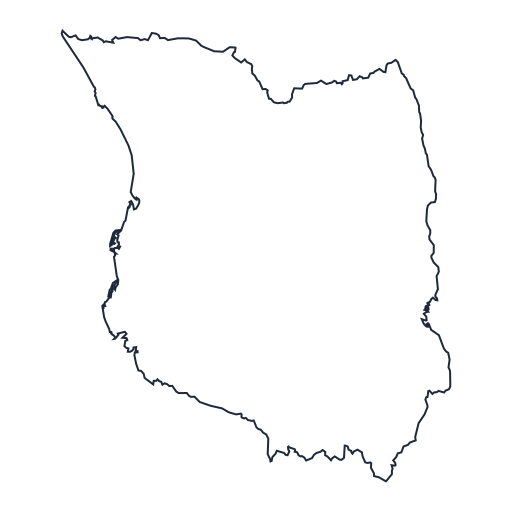 the district of Belo Sur Tsiribihina, Menabe, Madagascar
{"feature_id": "10022922B50417492685621", "entity_name": "Belo Sur Tsiribihina", "entity_type": "district", "adm_level": 2, "iso_a3": "MDG", "parent_name": "Madagascar", "parent_adm1": "Menabe", "projection": "natural_earth1", "projection_center": [44.851, -19.66], "detail": "fine", "context": "isolated", "style": "outline", "palette": "slate", "viewbox_px": 512, "rotation_deg": 0, "n_neighbors": 0, "source": "geoboundaries", "source_scale": "gbopen_adm2", "svg_char_len": 5984}
<svg xmlns="http://www.w3.org/2000/svg" viewBox="0 0 512 512"><path d="M62.5,30.7L61.7,33.3L62.6,36.2L83.4,67.5L93.8,86.6L94.9,87.6L95.4,89.5L94.7,91.4L95.6,93.0L94.9,95.9L95.7,96.4L98.3,105.1L99.0,104.7L99.6,105.7L100.8,105.9L102.4,108.0L103.3,107.6L103.1,106.4L104.3,106.5L104.7,105.9L107.5,108.7L111.8,115.0L112.7,116.7L112.2,117.9L112.8,118.9L115.8,121.8L120.6,129.5L128.5,145.6L131.7,155.3L133.7,173.9L130.7,192.0L132.6,195.8L134.9,198.6L136.7,199.7L136.9,198.8L135.6,197.0L138.7,199.1L139.3,200.3L139.2,202.9L137.8,205.9L136.0,208.7L133.9,209.4L133.1,204.5L132.0,202.4L131.2,201.0L129.4,202.1L130.8,204.6L129.8,205.0L129.7,206.9L129.0,207.7L128.5,206.9L128.0,207.5L125.5,220.6L124.1,221.9L121.1,230.6L117.1,234.3L118.6,235.4L117.2,240.1L117.6,242.3L118.8,242.4L119.0,244.4L117.9,246.1L120.1,246.6L118.9,248.9L117.5,247.9L114.9,248.0L113.9,249.6L114.3,252.1L116.1,253.6L114.8,253.6L115.1,255.4L114.0,256.8L116.8,276.2L118.3,280.0L117.9,284.2L115.6,287.3L115.1,289.7L114.0,288.2L114.7,286.4L114.3,286.3L112.5,290.1L112.5,291.4L111.4,292.7L110.8,297.4L109.5,297.4L106.2,301.7L104.9,302.2L104.5,304.1L105.2,306.0L103.4,306.0L103.6,308.9L103.1,305.1L102.3,305.9L104.1,317.1L105.6,321.4L109.2,329.0L109.8,332.0L111.3,332.0L111.2,334.4L111.6,332.7L112.0,334.4L113.9,335.5L115.3,337.6L114.1,338.9L115.1,338.7L118.4,334.8L117.8,333.6L124.8,331.8L126.5,333.8L122.5,337.8L126.5,338.1L127.3,340.1L125.3,340.9L124.4,346.0L126.4,348.0L128.4,348.4L127.8,351.7L129.9,351.8L131.9,350.8L133.4,349.2L133.5,347.5L136.2,347.1L135.7,350.7L137.5,351.1L137.6,352.3L134.8,352.5L134.4,355.2L136.1,363.6L138.4,370.5L141.1,370.9L143.7,373.8L144.6,377.9L153.2,384.4L153.7,380.9L156.3,380.8L157.5,379.3L159.5,381.4L161.2,381.7L162.4,384.7L164.6,383.3L167.3,384.3L169.3,386.0L172.3,385.9L176.2,391.5L178.6,393.1L186.8,393.0L188.9,395.7L190.7,396.8L194.5,396.7L199.7,402.0L210.7,405.8L222.2,408.4L228.4,412.1L233.2,413.6L236.3,414.4L240.8,413.6L241.6,414.6L241.5,417.0L242.1,417.7L244.1,418.4L245.8,417.9L248.0,420.1L252.0,420.9L253.7,420.5L256.5,427.4L258.6,429.2L260.7,429.6L263.2,432.7L266.3,434.5L268.3,438.7L267.7,454.2L270.1,459.0L270.5,461.4L271.6,461.0L272.4,457.1L275.5,453.8L276.8,450.8L284.0,452.9L285.7,454.9L287.6,455.2L289.3,451.3L288.2,449.4L288.0,446.9L288.5,446.5L289.4,447.4L294.7,449.2L295.2,450.1L294.7,451.7L297.2,452.3L298.5,455.2L300.5,456.4L302.0,456.1L304.5,457.7L306.1,460.5L312.0,458.1L314.1,454.7L316.7,452.9L320.6,451.7L322.6,450.0L325.2,451.9L325.2,455.3L327.5,456.5L331.0,460.3L332.3,458.2L334.7,456.4L339.8,459.7L341.6,459.8L344.0,457.8L344.7,445.6L346.1,445.7L347.8,446.7L348.6,449.8L351.2,450.8L351.5,452.6L352.5,453.7L353.9,451.4L357.5,449.7L361.9,452.3L362.6,456.4L365.3,462.4L367.8,463.0L370.1,462.4L371.2,463.2L370.9,467.7L373.9,473.3L374.1,476.1L378.8,477.2L385.9,481.3L386.9,480.3L391.9,474.2L391.9,470.9L392.6,468.6L391.6,465.2L394.8,465.7L395.6,465.1L395.1,462.7L393.2,460.4L396.2,457.1L397.8,453.3L401.3,452.4L403.6,446.4L407.9,444.9L409.9,442.5L415.7,440.4L415.2,437.0L418.6,423.2L424.6,414.3L427.5,407.1L427.4,405.2L425.4,399.6L426.2,397.3L427.5,397.0L428.3,391.1L429.5,390.7L432.4,393.9L434.3,392.3L436.8,392.2L438.5,390.9L444.1,392.5L445.6,390.6L449.0,389.2L450.3,386.3L450.1,372.7L449.8,370.1L448.5,367.4L449.6,359.6L448.2,352.8L446.1,351.5L443.8,348.4L438.9,335.2L431.2,329.9L428.8,323.9L427.9,323.2L426.8,324.0L428.1,325.6L427.9,326.8L426.2,326.4L423.8,323.8L421.8,319.2L426.0,320.6L426.6,320.2L426.3,316.7L423.8,313.8L426.4,312.0L428.2,311.8L427.2,310.6L424.4,309.9L425.0,309.1L428.0,309.9L428.6,309.4L428.3,307.4L426.4,308.0L425.4,307.1L425.8,306.2L429.3,305.0L429.1,304.2L427.4,303.5L427.5,302.8L429.8,302.0L431.4,298.9L432.8,297.7L435.6,300.0L437.3,300.3L437.3,299.6L436.7,297.8L435.4,296.7L435.3,295.0L437.9,289.1L436.6,276.2L438.8,271.7L438.3,267.1L433.7,262.5L431.4,257.7L431.4,255.7L433.7,252.9L433.8,245.1L429.5,239.5L429.2,236.3L430.2,233.6L430.3,230.2L427.5,225.4L426.3,221.2L427.0,209.2L427.9,205.5L431.0,202.5L434.9,202.1L435.9,199.0L436.1,194.2L435.1,191.3L435.6,179.8L434.7,177.4L433.4,176.1L431.2,170.1L428.6,166.1L427.0,155.0L425.8,153.2L424.9,148.7L423.5,145.5L422.1,138.7L423.1,134.9L421.7,132.3L420.7,127.5L421.1,120.9L420.1,113.7L419.2,112.0L418.9,105.6L416.5,99.3L415.2,97.7L413.2,90.4L410.6,88.4L406.1,78.1L404.2,76.3L403.7,74.7L401.8,73.5L397.8,62.1L395.6,59.9L391.3,62.8L387.7,63.5L386.5,65.4L385.4,72.2L383.5,71.9L379.5,68.9L374.4,71.7L373.5,72.9L370.2,73.5L368.2,77.7L362.9,78.4L362.5,77.5L359.7,76.2L356.8,79.3L353.0,79.9L351.4,75.5L349.0,75.2L347.7,80.1L342.7,81.2L342.5,83.6L341.8,84.2L340.8,82.8L336.8,83.2L336.3,81.7L334.3,80.8L331.5,82.7L326.3,84.0L321.0,80.6L316.9,83.0L305.3,83.9L303.7,85.1L302.1,88.6L294.2,88.3L292.0,94.3L292.1,97.6L289.6,101.6L287.6,101.8L286.8,102.8L283.9,103.2L282.9,102.5L277.8,103.2L273.9,102.3L270.9,98.9L269.0,98.7L267.2,92.5L267.7,90.4L265.6,89.0L262.6,89.2L259.2,81.5L257.5,80.5L254.8,75.6L252.4,73.6L251.8,68.8L252.3,66.3L251.3,64.2L246.8,62.0L244.8,59.4L241.2,62.5L234.8,58.1L232.4,55.5L233.9,52.2L235.0,51.8L235.5,47.7L234.9,47.5L229.7,47.2L223.1,51.7L214.2,51.3L203.1,46.7L201.3,45.7L196.1,40.6L191.5,39.2L188.5,38.4L178.0,38.3L167.9,40.1L164.7,37.9L160.0,38.2L158.7,35.2L156.1,33.7L151.8,33.0L148.0,40.2L144.8,39.1L140.5,40.2L138.0,38.1L127.0,37.1L118.2,38.7L115.6,37.0L112.1,40.0L113.3,42.7L105.8,41.3L103.8,42.2L102.8,40.5L97.6,37.5L92.0,38.4L91.9,39.1L91.2,38.7L91.3,36.7L90.3,35.9L89.8,37.7L87.9,39.3L81.9,40.2L78.2,39.0L75.6,35.4L70.9,37.2L68.8,36.8L62.5,30.7ZM116.4,282.3L116.7,280.4L112.9,283.0L111.0,288.2L109.6,290.1L108.3,296.4L108.9,296.5L111.8,290.6L112.8,287.0L116.4,282.3ZM119.1,230.1L115.5,230.5L113.4,232.8L110.1,244.0L110.1,246.0L111.8,244.9L111.3,244.6L112.3,240.2L114.9,233.1L116.5,231.6L118.1,231.9L119.1,230.1ZM113.7,248.7L110.7,248.7L110.5,250.2L113.9,251.9L113.3,250.1L113.7,248.7ZM115.8,237.9L114.9,237.1L114.1,238.2L112.8,240.6L112.5,243.7L113.9,243.0L114.4,243.8L114.9,243.3L113.0,241.8L115.0,238.0L115.8,237.9Z" fill="none" stroke="#1e293b" stroke-width="2"/></svg>